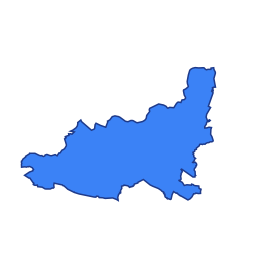 Limerick City East Lea-7, Limerick, Ireland (Natural Earth projection), rotated 19°
{"feature_id": "5873133B74444247037328", "entity_name": "Limerick City East Lea-7", "entity_type": "district", "adm_level": 2, "iso_a3": "IRL", "parent_name": "Ireland", "parent_adm1": "Limerick", "projection": "natural_earth1", "projection_center": [-8.537, 52.67], "detail": "fine", "context": "isolated", "style": "filled", "palette": "blue", "viewbox_px": 256, "rotation_deg": 19, "n_neighbors": 0, "source": "geoboundaries", "source_scale": "gbopen_adm2", "svg_char_len": 4072}
<svg xmlns="http://www.w3.org/2000/svg" viewBox="0 0 256 256"><g transform="rotate(19 128 128)"><path d="M80.8,135.8L78.7,139.2L79.2,140.5L79.4,142.6L78.8,144.7L76.6,147.9L74.7,149.7L78.5,149.2L77.0,152.1L75.5,152.1L74.4,153.4L74.0,152.6L73.7,152.7L74.5,154.3L72.8,155.4L72.4,156.3L71.8,156.3L71.5,156.8L72.6,157.5L71.6,158.9L75.1,163.7L75.5,165.0L74.8,168.1L73.9,169.4L72.7,170.5L71.9,173.5L71.5,173.9L70.8,174.0L70.0,177.4L67.8,176.9L64.6,179.2L63.3,179.5L59.9,179.4L58.4,180.6L58.4,181.5L57.4,182.5L56.2,182.5L55.6,182.1L54.4,182.7L52.9,182.8L48.3,182.2L43.2,183.9L43.3,184.4L40.4,188.1L40.7,188.7L38.8,191.6L38.5,193.7L38.1,194.0L38.3,195.0L39.1,196.1L39.0,196.8L40.1,199.7L43.1,198.3L44.8,198.0L46.0,197.0L46.5,197.1L47.2,196.5L48.5,196.4L49.0,196.6L50.4,196.7L52.2,198.0L51.7,199.0L51.9,199.5L49.2,201.7L45.6,206.4L50.5,207.6L51.5,207.3L55.8,210.4L56.6,210.6L56.7,211.4L57.1,211.5L56.8,212.2L57.1,212.4L58.7,212.5L60.9,211.5L61.7,212.9L66.1,211.9L69.5,212.6L74.3,211.0L76.0,209.4L77.0,209.1L77.4,208.2L76.4,206.2L76.1,204.2L84.6,203.2L85.3,203.7L86.1,203.5L88.5,204.4L91.0,205.5L98.1,206.4L98.2,206.2L98.5,206.4L103.1,206.3L118.5,204.3L120.2,203.8L120.4,202.8L121.7,202.3L122.4,202.4L123.4,203.2L126.7,202.2L129.3,202.0L136.3,199.1L140.4,199.3L142.3,199.7L140.9,196.9L140.7,193.7L141.7,192.4L141.2,191.7L142.1,191.5L141.3,189.4L141.8,187.2L140.9,185.1L142.8,183.8L142.8,183.3L143.4,183.2L146.7,182.7L148.8,183.6L149.4,182.8L149.9,182.9L151.0,181.7L151.2,181.9L151.8,181.4L152.3,180.4L152.2,179.0L155.2,176.8L155.1,176.1L159.3,171.7L167.4,174.6L170.4,175.0L176.3,175.3L179.5,176.1L180.5,176.7L182.6,177.0L182.9,177.2L182.6,177.8L183.7,178.7L184.3,178.6L184.5,179.5L184.9,179.5L185.3,180.8L186.0,181.3L187.7,181.4L187.7,181.9L188.4,182.2L189.3,181.7L191.3,181.8L191.9,181.2L191.4,176.5L191.8,173.3L194.8,174.0L195.4,173.5L197.2,174.4L199.5,175.1L199.6,174.9L208.1,176.5L209.8,174.7L210.9,172.3L211.5,168.8L212.6,168.5L213.3,167.5L216.1,167.0L217.9,166.2L217.2,164.4L217.0,162.1L215.4,162.1L214.9,161.9L213.8,159.8L210.2,160.7L208.8,160.7L208.1,160.3L206.4,160.4L206.5,161.4L202.2,162.5L199.9,164.0L197.0,161.7L193.8,161.3L193.3,160.9L194.7,159.9L194.8,159.0L193.3,156.0L193.5,155.1L193.0,153.5L193.4,152.7L193.5,151.5L191.7,149.9L192.1,149.4L205.4,153.2L207.2,152.5L206.9,151.7L207.5,150.9L206.8,150.4L205.6,147.3L204.3,146.3L204.0,145.1L204.9,142.4L204.5,141.6L205.0,140.9L204.8,140.1L204.4,139.5L202.9,138.5L202.5,138.8L201.8,138.6L201.8,138.9L201.0,139.5L200.4,139.5L201.3,136.9L201.1,135.8L201.8,134.9L199.5,133.8L199.1,132.3L198.1,131.8L198.4,130.6L197.5,130.2L197.3,129.7L198.6,128.4L198.3,126.8L199.6,125.9L199.2,124.7L201.2,121.6L201.1,120.2L201.6,119.8L202.8,119.4L203.8,119.4L204.4,118.7L206.2,118.2L206.6,117.3L207.9,116.0L209.2,115.5L210.2,114.3L211.0,114.0L211.7,113.8L212.6,113.0L212.6,112.1L210.3,109.0L208.2,107.1L206.8,102.2L206.8,100.4L204.3,100.9L202.6,102.2L200.6,103.0L200.1,101.8L200.8,98.8L200.5,97.3L200.9,96.2L201.6,96.1L202.6,95.3L202.4,95.0L203.3,94.2L202.5,93.7L200.8,95.3L198.3,92.2L197.9,89.3L199.4,81.7L196.9,81.3L197.0,67.3L196.7,66.5L196.2,66.5L195.1,65.9L195.3,65.1L195.8,64.9L196.3,65.0L196.3,64.4L195.1,63.8L195.5,63.1L194.8,62.3L196.0,61.4L197.4,60.9L193.1,53.3L192.8,47.9L192.4,46.8L190.1,44.5L189.4,43.1L187.0,44.3L187.3,45.6L184.5,46.5L183.3,47.4L182.1,47.3L180.5,46.4L179.6,46.5L175.3,48.2L171.9,49.0L169.7,50.4L168.3,51.9L167.6,53.3L167.8,58.1L168.8,64.7L169.8,66.8L171.5,69.0L171.3,69.8L169.8,72.3L168.2,73.9L168.3,74.8L170.5,78.6L172.4,80.3L172.7,81.3L172.0,82.8L169.9,83.9L169.7,86.7L167.4,87.0L166.5,87.6L165.8,89.2L164.7,93.9L160.7,94.9L159.5,96.1L158.8,96.3L156.9,95.1L154.2,94.7L149.2,95.3L142.1,102.4L142.2,104.1L142.9,104.7L143.1,105.4L141.6,110.0L142.1,113.1L141.3,115.3L139.6,117.2L135.3,119.9L134.2,120.1L130.4,119.4L129.7,119.5L128.2,120.0L125.9,122.1L123.4,122.5L117.0,120.5L115.4,120.3L111.7,120.8L109.4,122.4L108.2,126.2L106.4,128.2L106.9,128.7L106.7,134.5L101.2,134.5L96.2,133.9L95.8,135.5L96.6,139.4L96.1,140.3L94.2,142.0L82.0,137.1L80.8,135.8Z" fill="#3b82f6" stroke="#1e3a8a" stroke-width="1.5"/></g></svg>